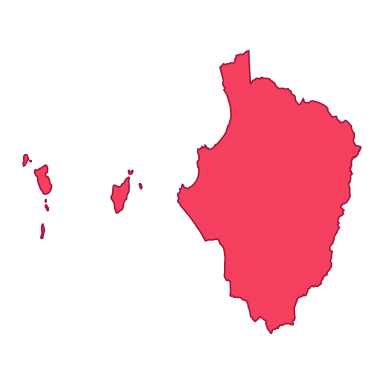 Bang Lamung, Chon Buri, Thailand
{"feature_id": "78962969B66600196547968", "entity_name": "Bang Lamung", "entity_type": "district", "adm_level": 2, "iso_a3": "THA", "parent_name": "Thailand", "parent_adm1": "Chon Buri", "projection": "natural_earth1", "projection_center": [100.983, 12.921], "detail": "fine", "context": "isolated", "style": "filled", "palette": "rose", "viewbox_px": 384, "rotation_deg": 0, "n_neighbors": 0, "source": "geoboundaries", "source_scale": "gbopen_adm2", "svg_char_len": 5992}
<svg xmlns="http://www.w3.org/2000/svg" viewBox="0 0 384 384"><path d="M321.3,283.7L320.9,281.6L322.2,279.7L322.8,279.5L323.2,277.0L323.5,277.1L324.6,275.7L325.3,275.7L326.3,274.8L326.9,274.9L327.2,272.4L329.9,269.2L330.0,268.1L331.0,267.5L331.4,266.4L331.5,263.4L330.3,261.2L331.4,257.7L331.4,255.2L332.3,251.5L330.1,250.3L329.8,246.7L332.8,243.2L333.5,240.0L334.0,239.9L334.0,237.8L334.6,236.0L337.0,232.3L336.7,231.8L339.4,227.5L338.6,226.6L337.6,224.6L339.1,223.0L338.2,222.4L337.7,220.9L339.1,217.0L339.5,216.4L341.1,215.8L343.4,214.2L342.7,211.8L344.0,210.4L340.7,207.2L340.6,206.6L342.9,204.0L344.4,203.7L346.8,202.2L349.9,197.0L350.1,195.3L349.6,192.6L349.9,189.0L348.4,183.5L349.9,182.6L349.9,181.3L350.4,181.1L350.3,179.6L350.7,179.1L350.5,175.7L350.9,174.9L351.5,174.8L351.6,173.8L352.2,173.8L351.8,172.8L351.2,172.4L351.2,171.4L350.5,171.2L350.9,170.9L350.5,170.1L349.9,169.8L350.2,169.4L350.2,167.3L350.4,167.1L350.8,167.6L351.2,165.9L351.7,165.6L351.2,164.0L351.6,163.7L351.3,162.3L351.7,161.9L351.4,161.3L352.2,159.1L352.0,158.7L352.6,158.3L352.9,158.6L353.8,156.9L354.7,157.6L356.3,156.0L356.7,156.1L358.5,153.0L358.2,152.6L358.4,152.0L359.6,150.9L359.0,150.3L360.4,149.3L360.2,148.5L361.0,147.3L359.8,146.4L355.7,145.7L354.6,143.3L354.0,142.9L353.2,139.8L354.3,137.6L354.2,133.2L352.8,131.6L351.8,129.5L351.3,125.7L350.6,125.4L348.3,122.3L345.6,120.3L342.6,122.5L341.4,122.3L340.2,122.6L339.8,121.3L338.9,121.0L337.5,119.4L336.8,118.2L336.8,117.0L336.1,116.3L332.5,116.9L331.8,116.6L329.2,112.6L327.8,111.3L328.0,109.2L327.1,108.3L326.8,107.1L323.6,104.9L319.5,102.9L313.4,101.0L311.0,101.1L309.1,102.7L305.6,102.7L304.0,101.6L303.8,99.7L303.2,98.7L300.5,104.1L299.6,104.5L298.4,104.2L296.6,102.3L295.4,99.8L295.1,96.8L294.5,95.5L291.5,93.9L291.1,93.1L291.1,91.4L289.6,90.6L288.1,88.7L284.8,89.2L283.4,88.4L281.8,88.2L279.9,88.6L278.3,88.2L277.6,87.2L276.4,86.8L274.5,82.9L273.0,82.4L272.5,81.2L271.0,80.9L269.8,79.1L267.7,78.4L263.5,78.3L262.0,77.3L260.7,77.9L260.7,78.7L260.3,78.9L257.8,78.4L257.3,78.7L256.8,78.2L255.5,78.8L255.3,79.8L253.4,80.1L251.9,81.8L251.3,83.4L250.4,83.4L249.2,62.5L248.8,50.7L247.0,51.6L246.5,51.3L242.5,54.8L241.2,54.2L238.7,54.7L238.1,55.5L236.5,55.2L236.1,55.6L236.1,57.6L234.9,58.9L235.1,60.2L234.5,62.2L232.5,63.1L230.4,62.9L229.3,63.4L229.0,64.0L227.2,63.7L225.7,64.7L223.5,63.7L221.4,66.1L219.9,67.2L223.4,80.3L222.7,83.7L223.7,86.4L225.1,87.4L225.0,88.4L223.9,89.8L224.0,90.3L226.0,93.1L227.2,95.7L230.3,106.1L231.1,115.6L230.6,118.8L228.5,126.2L227.8,126.1L226.2,131.8L224.3,135.2L219.4,141.5L216.6,144.5L215.7,144.5L214.8,145.3L214.7,146.1L212.4,148.4L209.9,149.5L208.8,149.1L208.4,148.1L206.5,148.3L206.1,147.6L206.6,146.9L205.0,145.2L204.6,146.4L203.7,147.4L202.7,147.5L202.7,146.9L202.0,146.5L201.9,147.6L201.1,147.8L200.3,149.0L197.8,149.1L197.9,151.0L197.6,151.7L198.7,155.1L199.1,158.7L198.8,160.1L197.8,160.8L197.2,162.2L197.8,167.1L198.6,167.3L198.9,169.8L198.7,173.8L197.9,177.4L196.2,181.0L194.2,183.7L192.1,185.9L187.7,188.5L186.9,188.6L186.6,188.1L184.3,187.5L183.0,184.7L182.3,184.4L181.4,188.1L180.8,188.8L179.8,188.9L180.1,190.9L179.8,192.3L178.9,193.4L177.9,193.3L177.8,195.8L178.8,197.9L177.7,201.6L180.0,204.1L180.3,205.2L188.2,214.7L193.8,222.1L200.7,232.4L205.4,240.9L209.2,239.7L211.0,240.0L214.2,239.7L215.5,239.1L218.4,239.3L220.1,243.9L222.5,246.0L223.9,248.9L225.2,257.6L224.8,263.3L224.8,271.2L224.3,276.2L226.5,280.5L227.9,280.0L230.2,281.5L230.6,292.9L230.0,294.9L230.6,295.1L230.6,296.0L231.2,296.3L232.8,296.0L233.6,297.1L234.5,297.4L236.2,296.9L237.1,297.4L240.3,297.5L243.1,299.9L246.5,300.8L247.1,302.8L247.9,303.8L248.4,307.5L249.4,309.1L249.5,310.9L250.3,313.2L250.3,314.8L250.9,316.9L251.8,317.2L252.9,319.4L254.9,321.4L255.6,321.3L256.1,320.2L256.8,320.1L257.2,319.4L258.8,318.5L259.5,317.0L260.1,316.9L261.4,317.4L264.6,320.2L265.9,320.6L265.9,323.6L267.5,328.7L270.9,333.3L271.7,333.1L272.2,330.5L272.8,329.9L275.5,328.9L276.3,328.1L278.2,328.3L278.2,326.8L279.3,326.6L279.9,325.1L282.1,325.3L285.3,323.8L288.2,323.6L289.3,323.6L290.8,324.6L293.2,324.7L293.4,323.9L292.8,322.1L292.9,321.0L293.1,320.5L294.4,320.0L294.6,318.5L294.9,318.4L294.1,308.3L296.0,303.3L296.1,301.6L297.0,300.8L297.1,299.0L298.9,297.4L301.9,296.4L303.5,295.0L304.1,295.8L306.2,295.0L306.6,293.4L307.4,292.0L308.0,289.1L309.4,288.5L311.3,286.1L312.7,285.9L313.5,286.9L315.0,285.9L317.3,286.5L321.3,283.7ZM129.2,186.1L128.6,181.4L129.4,178.1L128.9,177.3L128.4,177.3L125.8,179.2L124.0,182.9L123.1,183.7L121.7,184.2L121.3,185.7L120.5,186.7L119.0,187.0L115.0,185.2L113.9,185.3L113.3,185.9L112.4,194.7L111.3,196.4L111.1,198.3L113.9,202.6L114.6,206.1L114.6,208.6L115.7,210.7L115.8,211.9L116.7,213.0L118.1,212.7L119.6,210.9L121.7,210.1L122.9,208.2L123.9,202.3L125.2,200.1L126.8,198.8L126.6,197.2L126.9,195.4L128.8,191.8L129.2,186.1ZM47.6,168.0L46.6,165.5L45.4,165.0L40.6,168.4L39.4,168.6L38.3,169.8L36.9,170.1L35.4,169.8L34.7,170.4L34.5,171.1L34.9,173.5L36.0,175.6L37.3,176.9L38.2,182.6L40.3,188.4L41.1,189.9L42.5,191.2L43.2,193.4L44.3,194.1L46.7,193.9L48.9,192.8L50.4,190.7L51.7,186.4L51.5,185.1L49.9,183.4L49.6,180.4L48.2,177.3L47.5,176.4L46.3,176.8L45.6,175.7L45.6,173.3L47.5,172.4L47.6,168.0ZM28.3,158.2L26.9,154.9L25.8,154.6L24.7,155.0L23.9,156.0L23.7,159.4L24.0,161.1L23.0,163.3L23.6,166.0L24.7,165.6L28.3,159.3L28.3,158.2ZM42.6,238.3L44.0,231.7L44.6,230.5L42.9,224.1L42.4,224.3L41.7,226.6L41.6,229.8L42.2,233.1L40.8,237.4L41.3,238.5L42.6,238.3ZM131.6,171.5L129.7,171.6L129.1,170.3L128.5,170.7L128.4,171.6L129.1,173.9L130.4,174.2L131.5,173.9L132.5,172.6L132.9,170.9L132.3,170.4L131.6,171.5ZM47.8,210.7L48.4,209.9L48.4,208.0L47.4,207.1L46.6,205.1L45.9,204.9L45.4,205.7L45.4,207.0L46.9,208.9L47.1,210.5L47.8,210.7ZM141.3,188.7L141.9,187.2L141.4,185.2L140.4,183.8L139.5,183.7L139.3,184.3L140.2,187.6L140.7,188.6L141.3,188.7ZM45.8,202.2L46.2,201.4L46.2,199.9L45.9,199.5L45.4,199.8L45.3,201.1L45.4,201.9L45.8,202.2ZM31.2,160.7L29.8,160.5L30.0,161.4L31.2,161.6L31.2,160.7Z" fill="#f43f5e" stroke="#9f1239" stroke-width="1.5"/></svg>